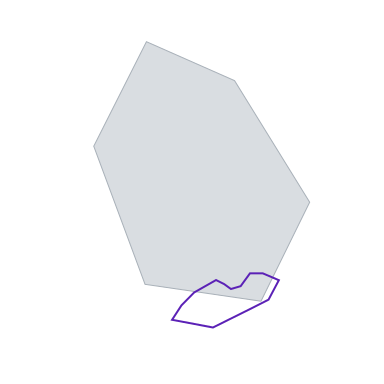 San Marino, with Chiesanuova highlighted, rotated 306°
{"feature_id": "SMR-4891", "entity_name": "Chiesanuova", "entity_type": "state/province", "adm_level": 1, "iso_a3": "SMR", "parent_name": "San Marino", "parent_adm1": "", "projection": "orthographic", "projection_center": [12.421, 43.905], "detail": "fine", "context": "in_parent", "style": "outline", "palette": "violet", "viewbox_px": 384, "rotation_deg": 306, "n_neighbors": 0, "source": "natural_earth", "source_scale": "10m", "svg_char_len": 474}
<svg xmlns="http://www.w3.org/2000/svg" viewBox="0 0 384 384"><g transform="rotate(306 192 192)"><path d="M252.9,293.2L144.2,312.0L89.7,208.3L171.3,85.6L286.8,66.8L307.1,161.0L252.9,293.2Z" fill="#d9dde1" stroke="#a8b0b8" stroke-width="1"/><path d="M171.7,314.1L149.9,317.2L134.4,309.3L94.7,288.6L76.9,251.0L94.1,250.1L112.0,252.8L134.9,263.2L136.4,272.2L136.4,280.5L144.4,286.7L160.3,286.7L167.8,297.1L171.7,314.1Z" fill="none" stroke="#5b21b6" stroke-width="2"/></g></svg>